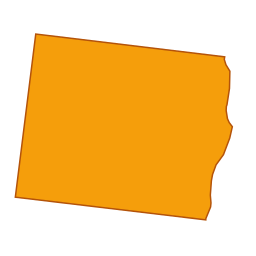 Alcona, Michigan, United States of America (orthographic projection), rotated 7°
{"feature_id": "52423323B96820900190034", "entity_name": "Alcona", "entity_type": "district", "adm_level": 2, "iso_a3": "USA", "parent_name": "United States of America", "parent_adm1": "Michigan", "projection": "orthographic", "projection_center": [-83.376, 44.684], "detail": "fine", "context": "isolated", "style": "filled", "palette": "amber", "viewbox_px": 256, "rotation_deg": 7, "n_neighbors": 0, "source": "geoboundaries", "source_scale": "gbopen_adm2", "svg_char_len": 445}
<svg xmlns="http://www.w3.org/2000/svg" viewBox="0 0 256 256"><g transform="rotate(7 128 128)"><path d="M24.6,210.4L216.4,209.7L216.3,208.4L219.6,196.3L219.5,192.3L217.9,184.6L217.2,170.2L217.6,163.7L219.9,153.8L226.0,142.8L230.2,125.6L231.4,114.0L227.8,110.3L225.6,106.7L223.3,98.7L223.0,94.6L223.4,92.9L223.9,76.4L222.2,59.2L217.5,53.3L215.2,48.2L215.3,45.6L25.0,46.0L24.6,210.4Z" fill="#f59e0b" stroke="#b45309" stroke-width="1.5"/></g></svg>